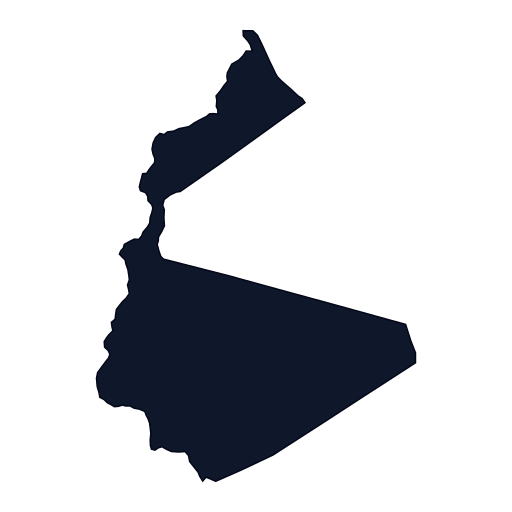 Bom Lugar, Maranhão, Brazil (Albers equal-area conic projection)
{"feature_id": "56859067B20670689948279", "entity_name": "Bom Lugar", "entity_type": "district", "adm_level": 2, "iso_a3": "BRA", "parent_name": "Brazil", "parent_adm1": "Maranhão", "projection": "albers", "projection_center": [-45.064, -4.297], "detail": "fine", "context": "isolated", "style": "filled", "palette": "ink", "viewbox_px": 512, "rotation_deg": 0, "n_neighbors": 0, "source": "geoboundaries", "source_scale": "gbopen_adm2", "svg_char_len": 2187}
<svg xmlns="http://www.w3.org/2000/svg" viewBox="0 0 512 512"><path d="M252.9,30.8L243.1,30.7L243.3,35.9L247.7,40.8L250.2,44.6L252.3,51.1L246.1,51.1L243.2,55.6L238.8,60.1L231.8,64.1L227.3,72.9L226.9,76.8L227.6,81.2L224.0,85.5L220.6,90.5L216.1,95.9L216.8,100.5L216.3,106.5L217.8,109.7L217.9,114.0L213.4,113.6L209.6,113.8L206.5,116.5L199.9,119.8L194.1,123.0L189.2,126.5L184.9,127.5L179.0,128.6L173.7,131.1L167.5,131.9L164.1,134.6L159.9,133.4L155.6,137.5L153.1,143.0L152.0,149.2L153.1,154.2L154.9,158.7L154.5,162.8L151.4,166.5L148.7,170.1L146.8,173.3L142.6,173.7L141.6,177.8L140.3,182.6L139.3,187.0L140.5,190.7L145.6,192.7L147.7,196.3L148.0,200.7L151.6,204.4L152.9,208.0L151.9,212.4L150.2,217.4L149.7,223.1L147.5,226.9L143.1,232.1L141.6,236.1L138.7,239.4L134.3,239.1L129.5,241.5L124.3,244.4L123.3,248.1L120.8,250.8L119.4,254.1L122.0,256.9L125.1,259.9L125.9,263.9L127.9,269.6L128.9,276.0L129.3,279.9L127.5,285.1L128.4,288.5L129.3,293.7L125.8,298.5L122.6,301.5L119.7,305.1L116.4,309.4L115.5,315.5L115.1,319.2L111.4,322.3L112.0,327.1L112.9,330.7L109.0,334.6L106.6,337.7L104.2,341.7L104.6,347.2L108.1,350.4L109.9,354.3L108.6,357.9L105.3,362.1L102.4,366.0L97.6,372.6L96.5,378.2L97.2,386.6L98.9,392.2L99.8,397.3L104.0,399.5L107.4,402.8L110.7,404.5L114.4,406.7L118.7,406.3L122.2,405.1L125.8,406.0L130.1,406.0L133.9,408.1L139.5,409.2L144.8,411.5L146.2,415.2L148.0,418.7L149.6,423.1L150.4,429.4L150.8,433.7L150.2,439.8L150.4,445.4L151.4,449.1L154.9,450.2L158.2,447.9L162.0,446.7L166.4,449.3L171.4,451.5L178.4,452.0L185.2,451.6L188.5,455.6L189.7,461.6L198.1,472.2L199.8,476.4L202.7,481.1L206.0,477.2L210.8,479.1L215.7,481.3L240.9,470.2L273.2,454.9L277.8,451.9L327.9,419.6L360.6,398.3L415.5,362.8L415.5,352.8L410.8,340.8L405.6,324.4L328.2,303.0L292.1,293.2L238.6,278.5L233.5,277.0L163.5,259.1L160.8,256.4L158.9,250.9L157.2,244.4L158.3,240.9L158.5,237.0L161.6,231.7L164.4,225.9L163.9,217.7L164.3,209.8L162.7,205.1L164.2,199.5L170.2,194.9L176.2,192.1L180.2,191.5L222.5,162.0L268.4,129.0L282.2,119.0L305.0,102.7L302.1,98.5L297.8,95.7L290.7,89.0L281.9,81.4L277.4,76.8L275.2,72.9L272.9,67.9L270.0,62.1L262.6,45.8L260.5,41.4L257.4,35.2L252.9,30.8Z" fill="#0f172a" stroke="#020617" stroke-width="1.5"/></svg>